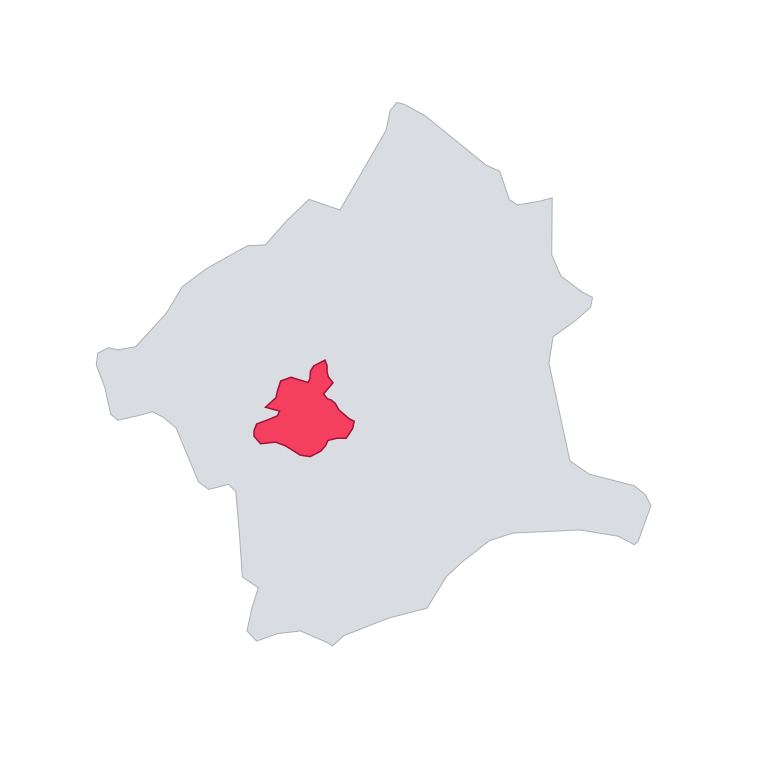 where Srbica sits in Kosovo, rotated 282°
{"feature_id": "KOS-5896", "entity_name": "Srbica", "entity_type": "District", "adm_level": 1, "iso_a3": "XKX", "parent_name": "Kosovo", "parent_adm1": "", "projection": "natural_earth1", "projection_center": [20.758, 42.727], "detail": "fine", "context": "in_parent", "style": "filled", "palette": "rose", "viewbox_px": 768, "rotation_deg": 282, "n_neighbors": 0, "source": "natural_earth", "source_scale": "10m", "svg_char_len": 1587}
<svg xmlns="http://www.w3.org/2000/svg" viewBox="0 0 768 768"><g transform="rotate(282 384 384)"><path d="M207.6,273.7L247.8,261.5L253.6,252.9L244.4,234.4L249.8,222.8L297.8,189.8L305.7,174.9L308.7,163.1L302.2,150.7L293.2,131.2L297.6,123.0L322.5,111.7L342.7,98.6L354.7,97.6L362.2,107.0L362.2,116.8L368.8,133.2L383.7,142.1L408.5,156.6L437.3,166.5L459.9,186.2L490.7,221.5L495.4,239.0L523.2,254.7L549.0,272.2L545.0,304.8L632.8,333.3L652.6,333.1L662.0,338.0L661.8,345.5L655.0,368.3L619.2,438.4L616.2,453.0L590.5,468.2L586.9,477.0L594.3,496.4L601.1,509.9L600.6,509.9L545.2,521.2L526.5,534.5L515.5,557.8L512.0,569.9L502.2,570.2L485.9,558.2L465.3,539.5L438.6,541.0L347.5,581.8L338.5,603.3L336.5,649.8L330.3,662.3L320.5,670.4L282.8,665.3L278.9,662.3L283.8,644.4L281.9,605.4L264.9,540.9L252.8,519.8L227.9,498.8L208.5,485.0L173.7,472.7L156.1,437.3L129.6,397.1L116.9,387.9L118.9,383.9L125.1,353.6L117.6,331.5L106.0,312.7L114.0,301.3L138.4,301.4L158.6,303.5L165.9,285.5L207.6,273.7Z" fill="#d9dde1" stroke="#a8b0b8" stroke-width="1"/><path d="M297.6,326.9L297.0,316.8L300.8,306.7L303.1,300.1L304.6,289.9L299.9,275.7L306.0,267.7L311.0,266.6L318.4,267.7L325.0,278.1L330.8,286.4L335.8,287.5L336.6,272.9L348.2,281.2L354.8,281.2L365.5,282.3L371.3,291.7L370.5,300.0L369.7,309.4L373.8,310.4L381.3,309.4L387.1,311.5L395.1,321.3L390.1,324.5L383.5,325.9L379.3,328.2L374.6,333.9L361.7,326.9L357.7,331.8L357.4,335.6L355.0,340.3L349.4,345.1L342.7,357.3L341.4,362.6L333.9,362.6L323.1,358.3L321.1,349.1L317.1,340.9L311.5,339.7L305.2,336.1L297.6,326.9Z" fill="#f43f5e" stroke="#9f1239" stroke-width="1.5"/></g></svg>